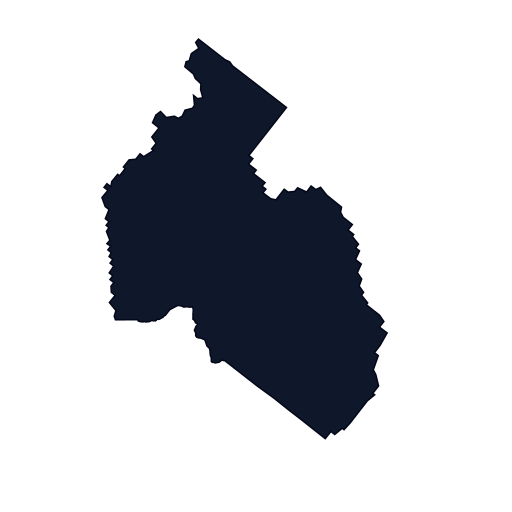 Plumas, California, United States of America, rotated 38°
{"feature_id": "52423323B49571098968478", "entity_name": "Plumas", "entity_type": "district", "adm_level": 2, "iso_a3": "USA", "parent_name": "United States of America", "parent_adm1": "California", "projection": "natural_earth1", "projection_center": [-120.915, 40.023], "detail": "fine", "context": "isolated", "style": "filled", "palette": "ink", "viewbox_px": 512, "rotation_deg": 38, "n_neighbors": 0, "source": "geoboundaries", "source_scale": "gbopen_adm2", "svg_char_len": 2762}
<svg xmlns="http://www.w3.org/2000/svg" viewBox="0 0 512 512"><g transform="rotate(38 256 256)"><path d="M92.4,214.7L100.7,214.8L100.6,226.4L107.9,228.6L107.8,235.9L110.3,235.9L106.3,246.9L101.7,246.8L101.7,253.7L96.8,258.4L96.7,267.5L99.1,267.6L99.1,276.8L96.7,276.8L96.5,286.1L98.9,290.7L94.0,290.8L94.0,295.5L98.9,295.4L98.6,304.8L106.8,309.9L111.6,309.9L114.3,319.4L119.0,319.4L119.0,324.1L122.6,324.2L123.0,328.7L131.2,333.6L130.9,338.1L135.4,337.7L135.5,342.4L139.9,342.5L140.5,346.9L145.3,346.9L145.4,351.5L150.1,351.6L150.7,359.7L155.3,359.8L155.4,364.5L160.3,364.4L160.3,369.1L164.4,373.7L169.2,373.7L169.1,382.9L179.2,385.2L181.4,390.8L184.5,392.8L201.8,379.2L202.2,379.2L203.4,379.7L204.3,379.3L205.3,379.0L206.3,378.3L207.5,377.6L208.2,376.5L209.2,376.1L210.1,375.7L210.7,374.8L211.8,374.0L212.8,372.7L213.4,371.1L214.9,370.4L215.5,369.8L216.6,369.2L217.0,368.2L216.7,367.8L216.8,367.0L217.5,366.5L218.8,365.4L219.2,364.3L219.6,363.5L219.9,362.7L219.8,362.4L220.0,362.0L220.4,361.7L220.3,361.3L220.6,360.4L220.3,359.6L221.1,358.6L221.1,351.4L224.8,343.1L227.7,341.4L230.5,340.7L232.9,338.5L235.9,336.7L236.6,335.5L238.5,335.9L239.8,337.2L242.4,341.0L244.2,343.2L245.1,344.6L247.7,344.7L248.4,345.4L249.8,345.9L250.6,345.5L252.0,345.8L252.2,346.6L252.0,348.4L253.2,352.5L255.8,353.7L257.6,356.0L259.5,356.5L261.5,355.7L263.0,354.7L267.1,353.6L269.0,354.6L271.0,356.0L272.8,357.1L276.2,357.5L278.0,358.9L279.6,360.8L281.3,362.5L283.3,363.6L284.8,365.5L285.7,366.6L287.0,366.7L287.9,366.0L289.7,365.4L292.3,362.4L292.8,360.9L292.9,359.4L295.9,357.7L300.1,357.7L310.2,357.7L319.3,357.7L324.6,357.7L337.2,357.7L357.1,357.0L368.9,357.1L378.4,357.2L393.3,357.1L408.4,357.2L423.0,357.3L423.1,348.1L427.9,348.2L430.0,338.7L432.3,338.7L433.0,329.5L432.9,301.6L435.0,292.3L432.6,292.3L432.6,282.9L423.3,275.6L418.5,273.5L413.7,259.2L408.9,259.2L408.8,249.8L406.7,235.9L397.1,236.0L397.1,228.9L389.9,226.6L372.9,226.5L372.9,224.2L363.2,221.9L363.2,218.4L355.8,216.2L353.5,209.1L346.1,206.7L343.9,197.5L336.6,197.5L334.4,188.2L329.5,188.2L329.5,183.6L319.8,181.3L319.8,178.9L312.6,178.8L312.6,171.9L300.8,171.8L295.7,169.4L293.3,164.8L274.3,164.5L264.6,162.1L262.2,166.8L256.3,166.9L256.5,174.4L246.8,176.6L246.7,181.3L241.9,185.9L237.1,186.0L237.1,199.5L232.3,201.8L222.5,201.9L222.7,197.2L217.8,197.2L218.0,192.6L203.3,192.6L203.3,188.1L193.6,188.2L193.6,181.2L188.5,181.2L188.6,120.2L120.5,120.6L115.7,119.2L110.7,120.4L77.1,120.5L77.0,124.9L83.1,127.6L80.4,136.3L83.2,143.3L81.3,145.9L83.4,150.7L94.5,151.1L98.9,153.5L106.6,154.2L109.9,159.0L116.7,164.1L113.0,168.0L107.9,167.9L114.6,175.0L115.0,178.6L110.3,184.7L111.7,191.1L110.0,195.4L105.7,196.0L100.0,202.1L91.8,200.9L90.3,206.5L92.4,214.7Z" fill="#0f172a" stroke="#020617" stroke-width="1.5"/></g></svg>